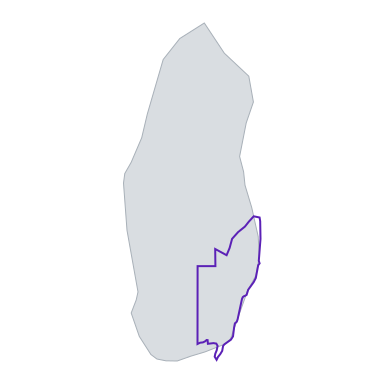 Al Wakrah highlighted on a map of Qatar
{"feature_id": "QAT-1101", "entity_name": "Al Wakrah", "entity_type": "Municipality", "adm_level": 1, "iso_a3": "QAT", "parent_name": "Qatar", "parent_adm1": "", "projection": "equal_earth", "projection_center": [51.437, 24.907], "detail": "coarse", "context": "in_parent", "style": "outline", "palette": "violet", "viewbox_px": 384, "rotation_deg": 0, "n_neighbors": 0, "source": "natural_earth", "source_scale": "10m", "svg_char_len": 1192}
<svg xmlns="http://www.w3.org/2000/svg" viewBox="0 0 384 384"><path d="M205.0,351.9L190.7,356.2L177.2,361.0L165.9,360.8L156.9,359.0L150.9,354.5L139.3,336.4L131.2,313.0L136.2,300.0L138.0,291.9L127.0,230.3L123.5,183.1L124.8,173.5L131.2,162.3L141.7,137.8L147.3,114.1L163.2,59.5L179.8,38.5L204.3,23.0L224.3,53.2L248.8,76.2L253.4,102.0L246.2,123.0L239.6,156.5L243.6,171.8L245.0,185.2L251.7,207.5L258.2,236.6L259.3,256.9L255.8,275.6L247.3,291.4L230.5,338.8L225.5,343.8L205.0,351.9Z" fill="#d9dde1" stroke="#a8b0b8" stroke-width="1"/><path d="M259.6,217.5L260.2,221.3L260.5,238.9L258.8,260.8L259.6,263.4L258.2,265.2L255.8,278.0L253.7,282.1L248.2,289.7L246.6,294.9L245.3,295.7L243.8,296.3L242.8,297.1L242.0,298.9L237.6,319.4L236.8,321.7L234.9,323.4L234.1,327.5L233.0,336.4L230.9,339.7L224.4,344.3L223.1,345.9L222.2,350.9L220.2,354.2L218.0,356.9L216.6,359.8L214.7,356.7L215.3,353.7L216.7,350.3L217.6,345.9L216.3,343.6L213.5,343.1L207.9,343.8L207.6,340.1L206.6,340.0L205.0,341.4L202.9,342.4L200.1,342.7L197.5,344.0L197.6,266.1L215.4,266.1L215.2,249.0L226.6,255.2L229.6,248.0L232.1,238.8L238.2,232.0L244.9,226.6L248.8,221.7L253.7,216.3L259.6,217.5Z" fill="none" stroke="#5b21b6" stroke-width="2"/></svg>